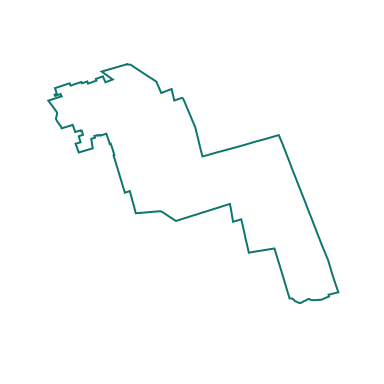 Chapultepec, México, Mexico (Equal Earth projection), rotated 72°
{"feature_id": "50627088B16743995066906", "entity_name": "Chapultepec", "entity_type": "district", "adm_level": 2, "iso_a3": "MEX", "parent_name": "Mexico", "parent_adm1": "México", "projection": "equal_earth", "projection_center": [-99.553, 19.204], "detail": "fine", "context": "isolated", "style": "outline", "palette": "teal", "viewbox_px": 384, "rotation_deg": 72, "n_neighbors": 0, "source": "geoboundaries", "source_scale": "gbopen_adm2", "svg_char_len": 3149}
<svg xmlns="http://www.w3.org/2000/svg" viewBox="0 0 384 384"><g transform="rotate(72 192 192)"><path d="M233.0,162.1L233.2,153.6L237.8,154.0L242.3,154.4L246.9,154.8L251.4,155.3L255.9,155.7L260.5,156.1L267.3,156.7L268.0,151.5L268.8,146.4L269.6,141.3L270.4,136.1L271.2,131.0L275.5,131.1L279.9,131.2L284.2,131.3L288.6,131.3L292.9,131.4L297.2,131.5L301.6,131.6L305.9,131.7L310.3,131.8L314.6,131.9L319.0,132.0L323.3,132.1L323.5,131.6L324.5,129.4L326.1,128.4L327.5,127.9L330.8,124.1L331.1,122.7L330.8,121.0L330.4,119.2L330.3,117.4L329.8,114.7L329.9,113.6L331.6,112.1L332.6,109.4L333.9,104.3L334.4,102.3L334.4,101.1L334.0,98.4L333.8,94.0L331.9,93.9L332.6,83.8L326.8,83.9L321.0,84.0L316.9,84.0L312.7,84.0L307.3,83.8L303.0,83.7L298.6,83.6L294.2,84.0L289.8,84.3L285.3,84.7L280.9,85.0L276.6,85.2L272.3,85.5L268.6,85.7L264.1,85.9L259.6,86.2L255.1,86.4L250.6,86.7L246.1,87.0L241.6,87.2L236.0,87.5L230.3,87.9L225.9,88.1L221.5,88.4L217.0,88.7L212.6,88.9L208.2,89.2L203.7,89.5L199.5,89.7L195.3,89.9L191.1,90.1L186.9,90.4L182.7,90.6L178.5,90.8L173.4,91.1L172.8,91.2L169.0,91.5L164.7,91.9L164.5,98.6L164.2,106.9L163.7,116.1L163.5,125.7L163.2,133.5L162.7,144.3L162.1,154.6L161.7,165.5L161.4,171.1L156.8,170.8L152.5,170.5L148.3,170.2L144.0,169.8L139.7,169.5L135.4,169.2L131.1,168.9L126.8,169.3L122.5,169.7L118.1,170.0L113.8,170.4L109.5,170.8L105.2,171.1L100.6,171.6L99.8,172.0L99.4,172.5L99.5,180.6L93.7,180.1L87.8,179.6L88.1,186.7L88.3,190.1L88.3,190.7L86.7,190.8L81.4,191.3L76.0,191.8L72.0,195.0L68.0,198.3L64.0,201.5L60.0,204.7L56.0,207.9L51.9,211.1L50.7,214.4L50.4,214.3L50.2,220.4L50.0,226.5L49.8,233.1L49.6,239.7L49.6,240.7L52.8,238.3L60.5,232.6L60.7,236.5L60.9,240.4L56.9,240.8L55.7,240.9L54.5,241.0L54.6,242.9L54.6,244.8L54.7,246.7L54.7,248.5L56.6,248.5L56.6,250.4L56.6,252.1L56.7,254.3L56.8,257.4L54.5,257.4L54.6,260.3L54.6,263.1L53.2,263.2L53.2,268.9L53.3,274.5L52.0,274.7L50.8,274.8L50.8,282.5L50.9,290.2L53.8,290.2L56.8,290.3L56.9,291.5L57.0,292.6L58.3,292.5L58.2,286.7L59.4,286.6L60.7,286.4L60.7,289.5L60.7,292.0L60.7,293.4L60.7,294.9L60.7,296.8L60.7,300.4L65.4,298.8L70.1,297.2L72.6,296.4L74.5,295.9L75.5,295.9L76.2,296.3L76.9,296.8L77.9,297.3L79.1,298.1L80.3,298.8L81.7,298.6L83.1,298.4L85.0,297.9L87.0,297.1L87.4,297.2L88.0,296.8L88.8,296.5L89.6,296.3L90.6,296.5L91.2,296.3L91.2,292.7L91.3,288.8L91.3,286.9L91.3,284.7L98.9,284.5L98.9,281.7L99.0,278.8L99.8,278.8L99.8,277.9L103.9,277.9L104.0,282.5L110.3,282.6L110.1,287.8L119.4,287.5L119.8,272.9L110.3,271.4L110.4,267.5L108.6,267.6L108.7,264.3L109.3,264.3L109.3,261.7L110.1,261.6L110.1,255.4L120.9,255.3L120.8,254.4L127.6,254.3L133.0,254.5L133.0,255.3L133.6,255.3L139.1,255.4L141.9,255.5L149.9,255.6L157.1,255.8L158.2,255.8L159.9,255.8L162.9,255.9L166.4,256.0L170.1,256.0L171.9,256.1L171.9,250.9L176.3,251.1L180.7,251.3L185.1,251.5L189.5,251.7L193.9,252.0L194.8,252.0L196.3,246.0L197.7,239.9L199.1,233.8L200.6,227.8L201.5,226.8L201.6,226.6L206.0,223.1L210.3,219.7L214.6,216.2L214.6,210.6L214.7,204.9L214.7,199.2L214.8,193.6L214.8,187.9L214.9,182.3L214.9,176.6L215.0,170.9L215.0,165.3L215.1,159.6L219.6,160.2L224.0,160.8L228.5,161.5L233.0,162.1Z" fill="none" stroke="#0f766e" stroke-width="2"/></g></svg>